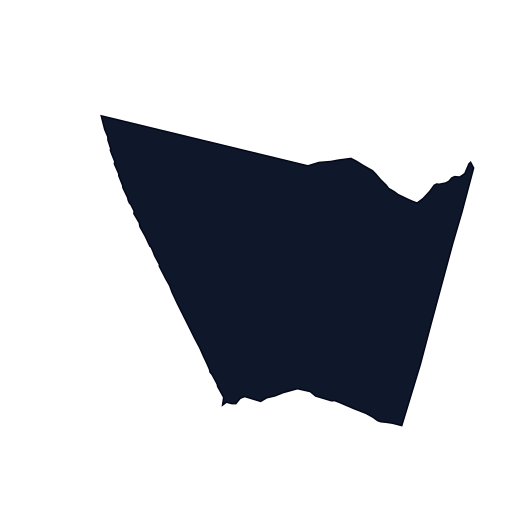 Arlit, Agadez, Niger (Albers equal-area conic projection), rotated 287°
{"feature_id": "23599985B35740417673211", "entity_name": "Arlit", "entity_type": "district", "adm_level": 2, "iso_a3": "NER", "parent_name": "Niger", "parent_adm1": "Agadez", "projection": "albers", "projection_center": [7.12, 19.518], "detail": "fine", "context": "isolated", "style": "filled", "palette": "ink", "viewbox_px": 512, "rotation_deg": 287, "n_neighbors": 0, "source": "geoboundaries", "source_scale": "gbopen_adm2", "svg_char_len": 1422}
<svg xmlns="http://www.w3.org/2000/svg" viewBox="0 0 512 512"><g transform="rotate(287 256 256)"><path d="M358.4,440.1L403.8,438.4L408.4,433.8L406.4,432.7L395.9,431.6L391.1,427.8L390.0,422.7L387.8,420.3L383.8,418.6L381.2,415.9L378.1,410.1L377.7,407.7L375.7,405.7L368.7,403.3L359.8,399.0L353.8,394.6L354.0,390.2L354.7,384.4L356.3,373.9L358.0,369.1L359.4,363.0L361.9,359.6L365.4,352.8L369.5,346.4L371.6,342.5L374.0,331.8L376.0,324.3L377.1,318.3L371.8,306.7L368.3,300.0L363.9,288.9L357.4,279.3L344.8,67.0L332.8,74.3L326.6,79.5L323.6,80.5L316.0,85.8L314.7,85.7L311.2,88.3L305.1,93.3L302.7,93.6L294.5,100.7L292.6,101.3L284.4,107.9L282.3,108.8L274.3,116.2L272.2,117.3L269.6,119.5L268.7,121.2L263.5,126.2L260.7,126.9L253.7,134.6L250.1,136.4L245.2,141.5L242.2,144.6L234.4,151.6L233.7,153.2L230.1,156.3L226.6,159.0L219.6,166.1L218.1,166.4L208.0,176.2L202.4,182.1L196.7,186.4L187.2,195.0L168.1,213.2L159.8,221.0L151.6,229.2L144.3,235.5L139.4,240.0L134.2,244.5L131.4,246.1L129.8,248.6L122.3,256.2L119.8,257.6L111.4,266.4L103.6,267.6L107.6,270.5L107.7,275.8L108.9,279.9L115.3,282.5L118.3,286.3L118.3,303.0L123.5,307.7L127.8,315.1L133.0,321.5L141.2,334.4L142.2,347.5L139.5,353.9L139.6,370.6L140.7,373.4L140.4,378.2L138.6,394.8L137.7,406.9L136.1,414.7L134.1,420.5L134.0,423.9L135.0,428.8L136.0,435.5L136.4,445.0L200.1,444.9L241.4,443.3L298.9,441.4L325.9,440.5L358.4,440.1Z" fill="#0f172a" stroke="#020617" stroke-width="1.5"/></g></svg>